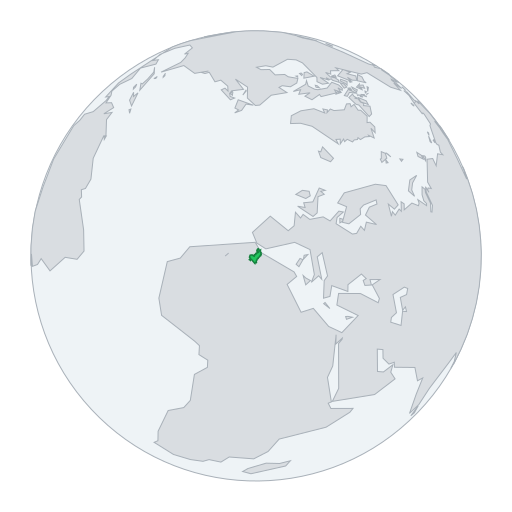 Oriental on an orthographic globe, rotated 47°
{"feature_id": "MAR-1454", "entity_name": "Oriental", "entity_type": "Region", "adm_level": 1, "iso_a3": "MAR", "parent_name": "Morocco", "parent_adm1": "", "projection": "orthographic", "projection_center": [-2.611, 33.589], "detail": "fine", "context": "on_globe", "style": "filled", "palette": "green", "viewbox_px": 512, "rotation_deg": 47, "n_neighbors": 0, "source": "natural_earth", "source_scale": "10m", "svg_char_len": 11726}
<svg xmlns="http://www.w3.org/2000/svg" viewBox="0 0 512 512"><g transform="rotate(47 256 256)"><circle cx="256" cy="256" r="225" fill="#eef3f6" stroke="#a8b0b8"/><path d="M75.5,121.2L84.4,110.0L88.8,105.0L96.5,96.9L110.0,84.5L128.7,72.0L123.2,76.1L128.3,73.2L135.6,68.1L139.2,65.6L166.9,53.1L192.4,42.7L196.7,40.0L198.7,40.6L204.4,36.8L212.9,34.9L214.1,34.6L205.2,37.0L205.8,37.2L214.7,35.1L217.3,35.0L223.1,34.1L225.4,34.3L219.0,36.5L220.3,36.9L226.5,35.5L232.8,35.3L223.4,37.3L233.3,37.3L224.4,42.4L197.6,49.8L194.8,54.9L172.8,69.3L177.0,69.0L171.3,75.2L174.0,77.3L169.2,79.9L175.6,79.5L179.5,76.7L183.5,75.7L185.5,76.9L179.7,80.2L177.8,80.1L177.1,81.8L173.4,83.1L176.4,83.1L169.1,87.4L179.1,85.1L175.7,90.2L170.1,92.5L167.0,89.7L146.5,90.3L139.9,92.9L133.6,98.8L129.4,114.8L123.5,119.1L118.3,126.9L123.1,125.3L128.9,118.8L136.6,118.5L142.8,111.2L146.9,110.2L154.7,104.3L157.3,108.2L155.7,115.4L149.3,120.7L148.4,124.2L157.6,121.9L148.8,135.2L148.2,150.3L145.5,153.8L134.6,154.6L126.7,147.0L112.6,150.4L125.6,151.5L118.6,161.1L119.1,164.4L121.7,166.1L125.9,163.9L124.3,168.2L110.8,168.1L112.1,164.2L116.3,164.0L112.5,160.8L103.4,161.8L100.6,167.2L89.8,164.9L87.7,168.9L84.1,171.0L88.3,164.6L80.6,176.3L67.5,178.9L56.8,200.0L63.1,179.1L62.8,172.7L61.5,167.4L59.6,170.6L60.4,160.6L56.6,160.5L48.7,173.8L43.1,188.7L42.9,197.8L45.9,193.5L47.4,198.3L39.8,212.3L41.5,225.8L37.5,238.6L37.1,248.9L39.6,252.4L41.7,261.3L45.4,257.1L50.4,258.9L48.2,270.3L52.8,263.4L54.3,272.3L65.7,283.7L64.3,285.4L73.5,308.4L87.2,324.3L90.3,334.7L88.4,338.5L93.9,343.3L94.1,346.7L119.4,364.3L135.1,378.4L136.4,389.1L126.8,396.5L126.4,416.8L111.4,414.9L113.2,421.6L111.1,426.5L101.3,418.8L109.9,427.0L109.2,426.9L107.4,425.3L94.9,413.4L83.2,400.6L72.6,386.9L60.0,364.2L55.5,354.9L47.1,337.9L36.4,300.5L36.6,292.4L35.4,284.7L39.4,276.6L40.1,259.6L39.2,254.7L37.2,257.5L35.7,238.5L37.6,223.7L46.0,174.7L49.6,165.9L54.0,156.7L78.7,117.1L60.3,144.5L75.5,121.2ZM53.3,206.2L55.5,227.9L51.2,222.3L52.6,221.8L52.7,214.7L51.8,205.4L48.8,201.4L53.3,206.2ZM61.2,200.5L60.6,197.6L61.6,199.6L61.2,200.5ZM140.4,64.6L135.5,68.1L127.9,73.0L131.7,70.0L140.4,64.6ZM155.1,56.6L153.6,57.8L148.0,60.1L150.6,58.7L155.1,56.6ZM199.2,38.6L194.8,40.0L198.2,38.7L199.2,38.6ZM223.5,33.9L223.9,33.7L226.7,33.4L223.5,33.9ZM152.7,102.7L153.6,103.5L151.7,104.1L152.7,102.7ZM155.2,99.5L152.2,99.7L153.0,98.2L154.8,98.1L155.2,99.5ZM232.8,33.7L237.2,33.6L231.6,34.0L232.8,33.7ZM158.6,99.7L154.7,95.7L156.1,93.2L164.1,90.9L158.6,99.7ZM239.0,33.8L249.8,34.1L251.7,33.3L252.3,36.2L243.0,34.6L235.8,35.1L239.6,34.3L239.0,33.8ZM179.8,75.4L175.8,78.3L177.4,74.9L179.8,75.4ZM179.9,73.4L178.9,65.2L185.9,61.8L184.8,65.1L192.4,60.2L196.3,62.5L193.0,65.7L187.7,67.3L193.2,67.1L179.9,73.4ZM251.0,38.0L252.6,38.6L249.7,38.4L251.0,38.0ZM185.3,75.1L184.5,73.5L190.5,70.4L193.2,72.9L190.4,73.1L185.3,75.1ZM192.5,58.0L197.4,56.4L201.9,57.7L204.5,57.3L197.0,62.3L192.5,58.0ZM190.0,74.4L194.4,74.4L193.4,77.0L186.5,76.4L190.0,74.4ZM190.9,68.6L193.9,67.3L193.1,68.8L190.9,68.6ZM192.2,87.1L191.1,84.9L194.1,83.0L192.2,87.1ZM196.2,74.2L196.5,73.3L197.6,72.4L200.2,73.0L196.2,74.2ZM200.7,63.1L201.5,64.1L204.0,61.1L207.4,62.2L201.8,65.5L205.7,64.6L206.8,65.0L201.0,67.3L200.7,63.1ZM206.1,71.0L200.1,76.1L201.5,80.3L198.9,82.0L197.1,75.0L206.1,71.0ZM203.6,68.6L204.5,70.4L200.7,71.4L197.8,70.7L203.6,68.6ZM211.8,62.0L207.9,59.3L209.3,58.8L211.8,62.0ZM207.2,72.0L208.6,70.8L207.8,72.2L207.2,72.0ZM211.3,64.8L209.7,63.8L211.3,63.2L211.3,64.8ZM212.8,69.3L210.8,70.9L208.7,70.4L212.8,69.3ZM212.7,67.1L215.2,66.4L209.2,69.3L211.7,66.7L212.7,67.1ZM213.0,64.3L213.4,63.6L213.4,64.8L213.0,64.3ZM221.8,70.6L214.6,74.3L210.0,73.1L217.6,69.6L221.8,70.6ZM303.1,35.7L301.2,35.5L279.2,33.5L288.9,34.1L289.1,34.6L294.0,35.4L300.6,36.2L299.9,35.8L322.8,42.7L343.5,49.5L336.2,45.9L337.1,45.9L343.2,48.3L358.0,55.1L372.3,63.0L385.9,71.9L398.9,81.8L396.6,80.0L406.2,88.1L407.8,89.5L419.6,101.1L430.5,113.5L440.5,126.7L449.4,140.5L457.4,155.0L464.2,170.1L470.0,185.6L468.4,181.1L471.0,190.0L468.4,183.0L463.2,175.3L465.6,188.1L471.0,219.3L475.7,238.3L475.8,251.1L466.3,233.0L458.9,217.2L457.4,223.0L445.9,215.8L431.8,230.6L428.0,227.3L425.7,232.5L417.4,232.8L411.0,227.0L406.8,230.8L423.3,245.9L427.7,241.9L428.9,230.1L432.9,236.7L440.7,238.1L438.2,263.7L414.4,299.3L409.2,285.8L376.3,255.3L375.7,250.1L375.5,249.6L374.9,248.8L374.8,257.6L368.2,251.1L388.8,274.9L393.5,286.5L414.1,300.4L412.9,303.6L418.6,305.2L433.6,289.0L434.3,293.9L429.0,321.5L405.7,363.9L407.2,380.5L402.8,396.0L384.7,412.7L382.8,422.2L372.9,429.2L370.0,434.8L360.1,442.8L344.9,451.7L322.8,457.6L324.2,453.7L317.4,447.1L309.1,425.6L317.6,412.2L316.8,402.5L300.6,381.8L304.3,367.5L299.3,362.3L289.2,365.0L283.0,358.5L276.7,358.9L235.0,365.5L220.6,355.8L199.6,324.7L205.9,312.8L204.1,298.1L245.4,247.3L257.4,249.8L293.6,239.0L298.7,240.2L298.0,252.6L327.9,261.4L333.4,249.8L357.1,250.9L370.6,245.5L369.2,221.9L347.0,230.3L339.7,221.1L354.7,205.2L373.5,198.5L371.2,194.7L356.4,190.7L357.8,181.3L351.0,188.7L355.9,191.4L351.8,196.4L347.0,194.3L347.7,190.8L341.1,191.2L339.7,208.3L344.6,213.0L329.3,220.8L336.0,229.5L332.9,235.4L320.5,222.9L319.4,217.3L298.7,205.3L298.4,211.8L317.9,223.8L313.2,223.7L313.0,233.5L309.4,226.0L288.1,212.1L272.4,218.4L257.5,243.9L247.2,246.6L236.3,242.5L236.6,218.4L259.5,215.2L259.9,207.5L250.9,197.3L258.6,197.5L257.7,193.2L265.9,191.7L273.2,180.2L280.9,177.9L279.7,164.8L283.4,162.1L283.1,170.4L287.0,175.4L305.7,170.5L308.1,167.0L305.7,159.1L311.2,159.2L306.5,152.2L315.2,146.4L300.7,148.0L297.6,139.8L300.5,132.1L296.9,129.9L292.1,142.6L292.5,147.6L297.0,151.2L295.8,166.1L290.3,169.8L281.7,156.1L272.9,160.1L270.0,148.4L284.9,119.8L293.2,112.9L315.6,117.2L316.1,122.8L308.3,123.8L319.3,129.9L316.6,126.0L321.1,126.3L319.3,119.3L322.4,119.2L315.3,112.9L318.9,112.1L323.3,116.1L323.6,105.9L330.0,102.9L328.6,100.7L325.2,99.2L335.5,96.9L334.0,95.5L330.1,95.6L324.5,92.8L318.7,87.4L322.6,86.9L325.2,88.8L336.5,92.4L342.9,98.0L343.9,97.3L339.3,92.4L325.5,87.9L320.9,84.8L327.4,86.1L324.7,85.4L323.6,83.7L326.2,81.8L319.0,80.1L301.9,64.9L305.2,60.3L312.9,62.7L305.1,53.5L309.4,50.3L305.8,50.3L299.6,46.7L298.1,47.5L295.9,47.3L279.3,39.9L278.4,38.3L267.1,36.3L265.2,36.4L265.3,37.4L252.3,36.2L251.7,33.3L256.0,33.0L252.6,31.9L262.9,31.8L269.9,31.6L283.1,32.9L287.4,33.2L285.6,32.8L289.1,33.2L303.1,35.7ZM235.2,274.0L235.0,278.6L235.2,274.0ZM396.3,202.6L405.7,197.3L396.4,186.5L399.3,183.8L395.1,181.4L395.7,185.8L384.7,178.7L386.9,172.2L383.2,167.2L379.9,168.8L377.6,182.1L393.3,192.0L393.3,198.9L396.3,202.6ZM66.2,283.9L67.3,287.5L65.2,285.7L66.2,283.9ZM49.0,226.0L50.2,228.8L50.3,231.9L49.1,230.5L49.0,226.0ZM63.2,247.3L65.4,251.1L62.4,249.1L63.2,247.3ZM56.2,231.0L61.4,244.7L55.8,242.2L52.8,233.8L55.8,236.8L56.2,231.0ZM57.4,205.8L57.8,208.2L56.6,209.7L57.4,205.8ZM62.0,202.0L61.6,201.5L62.0,199.1L62.0,202.0ZM119.4,161.1L120.4,161.2L122.4,163.7L120.0,164.0L119.4,161.1ZM139.7,167.2L136.8,174.0L137.3,169.1L133.4,170.5L129.6,162.5L143.9,155.1L138.1,159.7L139.7,167.2ZM128.6,150.5L129.3,155.9L127.9,150.3L128.6,150.5ZM244.9,173.0L249.0,175.3L247.9,180.4L238.1,184.9L239.6,177.3L244.9,173.0ZM255.2,177.5L249.4,163.4L255.2,160.6L252.9,164.5L257.4,164.0L254.9,170.2L266.2,181.9L266.0,187.3L248.0,191.6L254.0,187.0L249.6,184.8L255.2,177.5ZM224.0,137.6L221.6,132.9L237.4,132.7L237.9,137.2L228.2,141.5L221.9,138.8L224.0,137.6ZM173.5,97.0L171.6,96.2L173.2,95.1L176.2,94.9L173.5,97.0ZM191.4,86.2L183.8,99.7L181.2,99.4L179.9,108.5L172.5,111.2L173.5,105.1L166.9,114.4L164.8,110.0L161.1,116.5L164.3,102.6L162.2,99.5L167.3,101.9L174.2,99.3L176.6,97.3L181.7,89.4L180.6,82.1L187.3,78.9L192.3,78.6L193.6,79.9L188.9,81.4L194.0,82.1L188.1,85.3L191.4,86.2ZM247.1,84.8L241.0,84.8L250.3,89.1L244.5,91.4L245.9,91.7L243.1,95.2L242.1,100.2L239.0,100.7L240.0,102.4L238.1,105.0L238.4,107.6L232.9,109.7L232.8,113.2L230.2,112.2L231.5,117.9L228.0,114.7L225.3,118.0L230.1,119.4L199.4,126.5L189.3,132.9L182.7,140.4L177.5,134.5L180.4,124.2L187.8,113.2L198.3,108.2L194.1,106.8L197.9,104.1L199.6,106.3L199.2,101.4L202.8,99.8L209.3,91.7L206.5,86.1L208.8,83.3L211.7,84.7L212.0,80.9L219.0,81.9L220.8,80.0L229.6,79.4L234.2,83.8L235.9,81.4L242.6,81.1L247.1,84.8ZM224.2,70.5L231.0,74.6L231.2,78.1L215.8,77.8L213.2,79.4L203.4,80.0L203.4,75.1L206.2,75.4L208.9,74.5L207.8,76.3L210.7,74.2L214.7,74.6L218.0,73.1L219.3,74.8L224.2,70.5ZM302.4,234.8L306.0,234.6L311.1,232.9L311.0,239.3L302.4,234.8ZM287.8,225.5L290.7,224.1L293.1,231.9L289.4,232.3L287.8,225.5ZM290.3,217.1L290.7,223.5L288.3,220.3L290.3,217.1ZM285.6,169.0L288.5,167.3L289.6,169.0L289.0,172.1L285.6,169.0ZM273.4,100.1L269.9,99.0L270.2,97.9L265.1,93.2L269.1,91.4L273.7,93.6L273.4,100.1ZM366.6,227.2L364.0,233.0L361.4,231.7L362.8,230.0L366.6,227.2ZM337.1,237.2L344.8,237.8L337.0,239.0L337.1,237.2ZM276.8,97.4L274.2,95.5L277.8,95.8L276.8,97.4ZM271.7,90.0L275.5,89.8L268.9,90.7L271.7,90.0ZM429.8,377.5L411.8,408.2L404.5,412.8L405.9,406.9L414.4,389.9L423.8,380.3L429.2,370.5L429.8,377.5ZM476.2,239.5L478.7,247.2L478.4,251.7L476.2,239.5ZM306.6,83.5L309.3,91.6L313.9,97.1L320.5,99.3L312.3,100.1L305.3,91.6L306.6,83.5ZM302.1,67.0L296.3,65.7L297.9,64.4L299.5,64.6L302.1,67.0ZM299.2,67.6L293.7,69.6L289.9,67.7L295.0,66.4L299.2,67.6ZM285.5,82.6L286.0,85.0L283.1,84.6L285.5,82.6ZM339.0,46.6L334.6,45.1L330.8,43.8L333.7,44.5L339.0,46.6ZM254.3,38.1L252.7,38.5L252.6,37.9L254.3,38.1ZM295.3,47.9L292.2,47.5L292.2,46.4L295.3,47.9ZM283.8,45.9L285.9,47.3L282.0,46.0L283.8,45.9ZM291.1,50.7L286.0,48.0L293.2,50.4L291.1,50.7Z" fill="#d9dde1" stroke="#a8b0b8" stroke-width="1"/><path d="M254.9,249.2L254.9,249.3L255.0,249.4L255.0,249.5L255.1,249.8L255.3,250.0L255.6,250.0L255.4,249.9L255.2,249.6L255.3,249.7L255.5,249.9L255.7,250.0L255.8,250.0L256.2,250.1L256.3,250.1L256.5,249.9L256.9,250.0L257.0,250.0L257.3,250.3L257.4,250.5L257.6,250.6L257.8,250.7L258.0,250.8L258.0,251.0L258.3,251.2L258.7,251.4L258.7,251.5L258.4,252.0L258.8,252.4L258.9,252.5L258.6,252.9L258.7,253.1L258.8,253.2L259.0,254.0L258.9,254.8L258.9,255.0L259.0,255.3L258.9,255.4L258.8,255.5L259.0,255.7L259.1,255.8L259.3,256.1L259.3,256.3L259.2,256.4L259.1,256.7L259.1,256.8L259.0,257.2L259.1,257.4L259.2,257.5L259.3,257.6L259.4,257.8L259.5,257.9L259.6,258.0L259.7,258.3L259.6,258.5L259.9,259.3L260.0,259.4L260.2,259.5L261.2,260.2L261.2,260.3L261.0,260.5L260.9,260.6L260.7,260.6L260.5,260.8L260.5,261.0L260.4,261.3L260.4,261.5L260.5,261.6L260.7,261.9L260.3,261.9L260.2,261.9L259.9,261.9L259.7,261.9L259.4,261.9L259.2,261.8L258.9,261.8L258.6,261.8L258.3,261.8L258.0,261.8L257.8,261.8L257.5,261.8L257.2,261.8L256.8,261.7L256.3,261.7L255.7,261.9L255.1,261.9L254.9,262.1L255.1,262.7L255.3,263.1L254.7,263.1L254.2,263.3L254.2,263.1L254.2,262.9L253.9,262.4L253.9,262.2L253.9,261.8L253.9,261.6L253.7,261.6L253.4,261.6L253.2,261.6L252.9,261.5L252.7,261.6L252.4,261.6L252.3,261.4L252.2,261.2L252.0,260.9L251.9,260.6L251.7,260.3L251.6,260.1L251.4,259.8L251.5,259.6L251.7,259.3L251.9,259.0L252.5,258.2L252.9,257.9L253.1,257.9L253.3,257.9L253.7,257.9L254.6,257.7L254.8,257.6L255.0,257.5L254.9,257.3L254.8,257.0L254.4,256.6L254.0,256.3L253.9,256.2L254.0,256.1L254.4,255.7L254.5,255.5L254.6,255.3L254.4,255.2L254.1,254.6L254.0,254.4L254.4,254.1L254.5,254.0L254.5,253.8L254.4,253.6L254.4,253.4L254.2,253.1L254.1,252.8L254.2,252.7L254.4,252.5L254.5,252.5L254.5,252.4L254.6,252.1L254.8,252.0L254.9,251.9L254.8,251.7L254.1,251.3L253.9,251.3L253.7,251.4L253.7,251.5L253.1,252.0L252.8,251.9L252.7,251.8L252.7,251.7L252.8,251.5L252.8,251.3L252.8,251.2L252.5,251.0L252.4,250.9L252.2,250.8L252.1,250.7L252.1,249.9L252.1,249.6L252.3,249.6L252.4,249.4L252.5,249.3L252.8,249.5L253.1,249.6L253.3,249.6L253.6,249.7L254.1,249.5L254.3,249.3L254.5,249.3L254.6,249.2L254.7,248.9L254.8,248.8L254.8,248.7L254.9,248.8L254.9,249.0L254.9,249.2Z" fill="#22c55e" stroke="#15803d" stroke-width="1.5"/></g></svg>